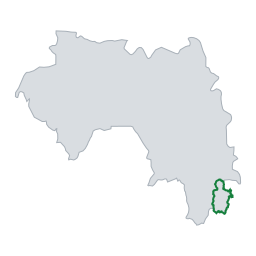 location of Lola, Lola, Guinea
{"feature_id": "49546643B14657084308206", "entity_name": "Lola", "entity_type": "district", "adm_level": 2, "iso_a3": "GIN", "parent_name": "Guinea", "parent_adm1": "Lola", "projection": "natural_earth1", "projection_center": [-8.248, 8.016], "detail": "fine", "context": "in_parent", "style": "outline", "palette": "green", "viewbox_px": 256, "rotation_deg": 0, "n_neighbors": 0, "source": "geoboundaries", "source_scale": "gbopen_adm2", "svg_char_len": 6620}
<svg xmlns="http://www.w3.org/2000/svg" viewBox="0 0 256 256"><path d="M160.9,180.0L158.6,179.6L157.5,180.1L154.4,184.4L152.5,186.0L149.6,185.5L148.6,185.8L147.8,185.3L148.9,183.0L150.4,178.4L154.2,173.8L154.3,172.8L152.7,170.1L151.1,166.4L151.1,162.4L150.8,159.6L147.4,158.8L146.8,158.3L146.7,157.3L148.6,152.4L148.8,151.4L148.5,150.5L146.4,148.0L143.2,143.3L137.6,133.7L135.6,131.7L133.6,128.7L132.8,126.9L130.7,126.2L111.2,126.3L110.9,128.8L104.2,130.5L100.0,128.6L95.4,129.7L93.2,131.0L91.4,136.6L90.4,137.8L89.4,140.3L88.5,141.7L87.5,144.4L85.3,148.4L83.0,150.9L79.1,152.3L77.9,156.4L77.0,158.0L75.4,159.2L73.8,160.0L70.6,159.2L68.8,159.9L68.5,158.9L69.6,155.6L68.8,153.9L65.7,150.5L65.4,148.8L64.5,146.7L60.5,142.3L56.7,142.6L57.8,138.9L57.7,134.0L56.5,131.4L56.8,128.6L56.1,128.8L54.9,130.7L52.8,130.1L48.7,127.2L46.7,124.4L46.4,122.0L46.0,121.0L44.7,121.5L42.2,121.5L34.3,117.2L28.8,106.5L28.7,104.1L29.5,99.9L29.3,98.8L26.8,101.5L26.3,99.7L24.3,95.4L23.8,92.9L21.9,91.8L20.4,91.6L19.2,92.4L17.7,97.5L16.5,97.4L15.4,96.4L15.6,92.6L18.7,87.9L23.8,76.0L25.6,73.3L26.8,72.4L29.1,72.3L33.8,70.7L39.5,67.0L43.9,67.3L49.1,66.8L55.8,64.3L55.9,56.3L55.7,54.5L53.3,52.9L51.9,51.5L50.8,49.8L49.3,48.5L49.4,47.2L52.4,45.5L55.1,45.5L56.0,44.9L56.7,43.7L57.5,40.9L57.8,37.8L56.0,33.7L56.1,30.9L66.0,31.3L71.4,32.1L75.8,32.3L76.5,33.0L75.9,35.8L76.4,37.4L77.9,37.8L80.4,35.9L81.7,36.3L84.5,38.8L87.1,39.4L89.9,40.8L92.5,41.5L94.8,41.4L96.6,42.7L99.9,43.2L104.2,41.4L107.5,40.7L112.2,40.5L114.7,41.1L121.8,39.7L127.4,40.5L126.6,41.4L124.0,47.8L124.3,48.9L130.0,54.3L131.3,54.7L132.9,54.0L135.3,51.5L137.3,48.8L139.2,47.5L141.3,47.6L143.1,49.5L147.1,57.5L148.1,58.5L149.1,58.4L150.9,57.0L151.8,55.2L155.6,49.9L161.4,47.3L175.3,53.3L177.3,53.8L178.5,53.3L180.2,49.8L185.5,46.7L188.0,45.9L189.4,45.8L190.0,44.8L190.2,43.3L189.9,41.8L188.3,39.1L188.3,38.3L189.2,37.8L191.2,37.4L193.8,37.7L196.7,38.8L199.0,40.5L200.4,42.5L203.0,51.0L205.9,57.6L205.8,66.5L207.0,67.4L208.5,67.8L209.1,68.5L210.5,72.1L211.9,73.2L213.5,73.5L216.5,75.8L218.4,76.7L218.7,77.4L218.6,78.4L217.9,79.6L215.0,82.1L213.5,84.2L210.6,89.2L210.5,90.1L211.1,90.8L212.3,90.9L213.6,90.6L216.4,88.8L218.5,89.4L220.5,90.8L221.3,92.3L221.5,94.2L221.0,96.6L221.0,99.4L221.6,104.1L222.7,108.8L223.8,110.5L230.6,114.6L231.3,116.2L231.6,117.9L231.2,120.3L230.5,121.6L226.7,125.3L226.1,127.0L226.4,130.3L226.7,144.0L228.2,146.3L229.9,147.5L234.0,146.9L233.9,150.7L233.4,155.0L235.8,156.3L237.0,157.6L237.7,158.8L233.9,161.1L232.8,162.4L232.3,166.0L232.4,169.3L237.5,171.6L239.5,174.4L240.3,177.2L240.6,182.6L240.2,183.9L238.9,183.9L236.3,180.6L232.3,180.3L229.4,179.6L224.4,180.1L223.6,181.0L223.0,188.2L224.2,189.4L226.6,190.8L228.1,191.4L229.4,191.2L230.4,192.1L230.6,194.5L229.9,196.2L228.6,197.8L227.0,202.0L227.3,205.8L224.6,211.8L223.8,213.0L220.1,211.8L217.7,211.4L216.0,213.0L213.6,210.6L213.1,208.7L212.3,208.4L210.7,208.3L209.2,209.4L208.5,211.3L208.2,215.2L205.5,218.9L203.6,223.5L201.4,223.1L200.9,223.6L198.6,224.8L196.6,225.1L196.1,223.9L194.9,222.9L193.6,221.0L192.2,219.4L189.3,218.3L188.2,218.8L186.9,218.6L186.0,218.0L186.1,217.1L187.6,214.7L188.5,212.5L188.9,210.1L188.9,207.8L188.1,204.6L186.9,202.0L186.6,200.5L186.7,198.4L186.4,196.4L186.0,195.4L185.4,191.7L184.7,191.0L184.2,188.0L184.4,184.9L183.3,183.8L181.6,182.9L180.5,181.7L179.9,180.4L179.3,180.0L178.8,180.1L178.3,180.9L177.7,181.1L176.7,178.2L176.3,178.1L175.6,178.8L167.6,182.0L166.6,179.2L165.1,178.8L162.5,179.9L160.9,180.0Z" fill="#d9dde1" stroke="#a8b0b8" stroke-width="1"/><path d="M216.6,187.6L217.3,188.2L217.3,188.5L217.4,188.8L217.4,189.0L217.2,189.7L216.7,189.8L216.1,189.9L215.7,190.0L215.3,190.1L214.5,190.1L214.1,190.6L213.7,190.6L213.5,190.9L213.4,191.4L213.2,191.7L213.2,192.1L213.3,192.5L213.4,192.8L213.5,193.0L213.3,193.6L213.1,194.0L213.2,194.3L213.6,194.5L214.1,195.2L214.3,195.6L214.4,196.2L213.9,196.8L213.5,197.8L213.3,198.4L213.2,199.1L213.1,199.7L213.2,200.1L213.4,200.6L213.6,200.9L213.5,201.3L213.3,201.6L213.1,201.9L213.0,202.2L212.9,202.4L212.9,202.7L212.4,203.3L212.2,203.9L212.4,204.6L212.7,204.8L213.2,204.9L213.6,205.2L213.6,205.8L213.4,206.3L213.5,206.5L213.6,207.9L213.6,208.1L213.8,208.4L213.8,208.5L213.8,208.8L213.9,209.7L213.6,210.6L213.7,210.8L213.9,211.0L214.2,211.3L216.0,212.5L216.4,213.1L217.4,212.0L218.1,211.2L218.5,211.1L218.8,211.0L219.0,211.2L219.2,211.6L219.2,211.8L219.2,212.2L219.4,212.3L219.6,212.4L219.9,212.4L220.1,212.3L220.3,212.2L220.9,211.5L221.0,211.5L221.3,211.5L221.6,211.4L221.7,211.6L221.7,211.8L221.8,212.0L222.0,212.3L223.0,212.6L223.7,213.2L223.8,213.3L224.3,213.8L224.6,213.8L224.9,213.4L225.2,213.1L225.4,212.7L225.5,212.5L225.6,212.1L225.6,211.0L225.6,210.8L226.1,209.9L226.3,209.7L226.5,209.5L226.5,209.1L226.6,208.4L226.6,208.2L226.9,207.7L227.1,207.5L227.4,207.4L227.8,207.4L228.0,207.1L228.0,206.7L228.1,206.1L228.2,205.5L228.7,204.7L228.7,204.4L228.7,204.1L228.4,203.7L227.4,202.8L227.3,202.4L227.3,202.1L227.3,201.9L227.6,201.4L228.0,200.9L228.3,200.4L228.3,200.2L228.6,199.4L228.9,198.7L229.0,198.3L229.2,197.2L228.9,196.9L229.0,196.8L229.1,196.4L229.4,196.2L229.5,196.2L229.9,196.2L230.0,196.2L230.3,196.1L230.6,196.1L230.8,195.9L231.0,195.9L231.2,196.0L231.3,196.1L231.1,196.6L231.3,196.6L231.4,196.9L231.5,196.8L231.7,196.6L232.1,196.8L232.3,197.0L232.5,197.0L232.5,196.8L232.5,196.7L232.5,196.4L232.4,196.2L232.5,195.9L232.5,195.7L232.3,195.7L232.0,195.6L231.8,195.0L231.5,194.4L231.3,194.3L231.1,194.2L230.6,193.9L230.5,193.7L230.4,193.6L230.6,193.2L230.4,193.0L230.4,192.8L230.6,192.5L230.6,192.2L230.6,191.6L230.6,191.4L230.9,191.1L231.0,191.0L231.0,190.9L231.1,190.7L231.1,190.4L230.9,190.2L230.7,190.2L230.7,190.3L230.4,190.4L230.3,190.6L230.2,190.6L230.0,190.4L229.8,190.0L229.7,190.0L229.7,189.9L229.5,190.1L229.3,190.8L228.9,191.4L228.8,191.5L228.3,191.3L228.1,191.3L228.0,191.1L227.8,190.9L227.7,190.8L227.7,190.7L227.0,190.3L225.8,190.3L225.7,190.2L225.4,190.1L225.1,189.9L224.5,189.2L224.2,188.9L223.8,189.2L223.6,189.2L223.4,189.1L223.3,188.9L223.3,188.5L223.3,188.3L223.3,188.2L223.5,187.7L223.8,187.4L223.8,187.0L223.8,186.9L223.8,186.6L223.6,185.9L223.6,185.6L223.9,185.0L223.9,184.9L224.0,184.6L224.0,184.4L223.8,183.9L223.6,183.2L223.6,182.7L223.5,182.0L223.5,181.9L223.4,181.5L223.1,181.4L222.6,181.5L222.3,181.4L222.1,180.8L221.5,180.8L221.1,180.6L220.9,180.1L220.7,179.7L220.4,179.6L219.9,179.8L219.4,179.6L219.2,179.5L218.8,179.8L218.4,180.1L217.8,180.4L217.3,180.6L216.6,181.0L216.3,181.4L216.0,182.0L215.8,182.9L215.7,183.1L215.6,183.4L215.4,183.6L215.0,184.1L215.1,184.4L215.5,184.9L215.7,185.4L215.9,186.2L216.2,186.9L216.6,187.6Z" fill="none" stroke="#15803d" stroke-width="2"/></svg>